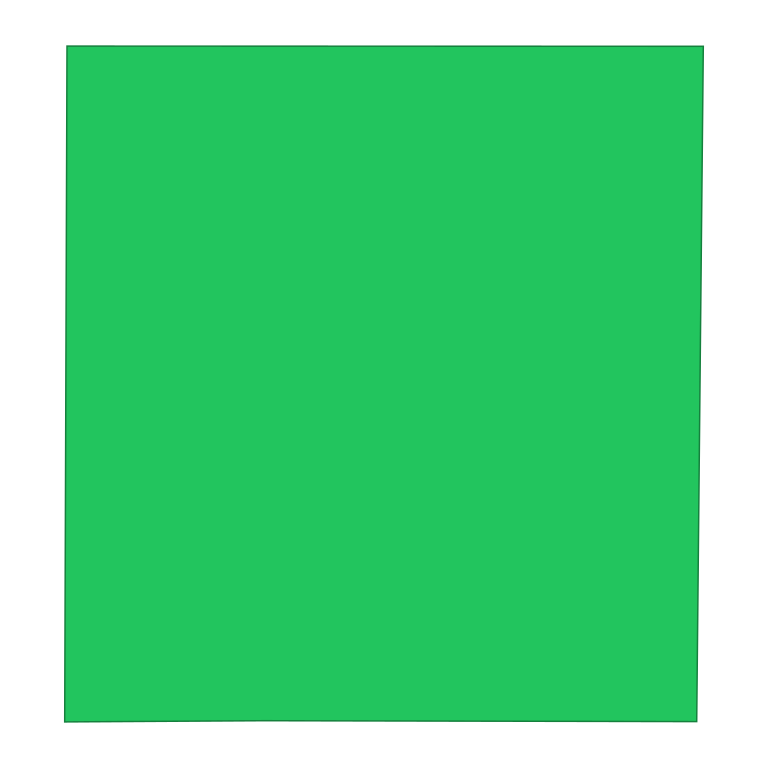 outline of Randall, Texas, United States of America
{"feature_id": "52423323B97563616401050", "entity_name": "Randall", "entity_type": "district", "adm_level": 2, "iso_a3": "USA", "parent_name": "United States of America", "parent_adm1": "Texas", "projection": "equal_earth", "projection_center": [-101.931, 34.965], "detail": "fine", "context": "isolated", "style": "filled", "palette": "green", "viewbox_px": 768, "rotation_deg": 0, "n_neighbors": 0, "source": "geoboundaries", "source_scale": "gbopen_adm2", "svg_char_len": 200}
<svg xmlns="http://www.w3.org/2000/svg" viewBox="0 0 768 768"><path d="M264.2,720.7L696.7,721.6L703.3,46.3L67.0,46.1L64.7,721.9L264.2,720.7Z" fill="#22c55e" stroke="#15803d" stroke-width="1.5"/></svg>